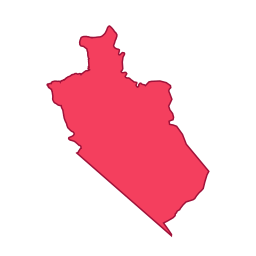 Ibobang, Ngatpang, Palau, rotated 13°
{"feature_id": "81905179B30151450559542", "entity_name": "Ibobang", "entity_type": "district", "adm_level": 2, "iso_a3": "PLW", "parent_name": "Palau", "parent_adm1": "Ngatpang", "projection": "robinson", "projection_center": [134.529, 7.483], "detail": "fine", "context": "isolated", "style": "filled", "palette": "rose", "viewbox_px": 256, "rotation_deg": 13, "n_neighbors": 0, "source": "geoboundaries", "source_scale": "gbopen_adm2", "svg_char_len": 4920}
<svg xmlns="http://www.w3.org/2000/svg" viewBox="0 0 256 256"><g transform="rotate(13 128 128)"><path d="M101.1,53.4L100.5,53.5L99.3,53.4L98.7,53.4L98.3,53.2L97.9,53.1L97.1,52.8L96.6,52.5L96.2,52.1L95.6,51.4L95.4,50.8L95.5,49.9L95.7,48.6L95.8,47.2L95.8,46.3L95.9,45.4L96.1,44.6L96.3,43.8L96.3,42.5L96.5,41.7L96.4,40.8L96.3,40.0L96.2,39.7L96.0,39.3L95.5,38.9L95.1,38.4L94.8,38.1L94.5,37.8L93.6,37.4L92.6,36.6L92.1,36.0L91.3,35.4L90.3,34.6L89.7,34.2L89.2,33.9L88.6,33.5L88.0,33.2L87.5,32.9L86.9,32.8L86.5,33.1L86.1,33.5L85.5,35.0L85.4,35.9L85.3,36.9L85.1,38.0L84.9,38.8L84.7,39.6L84.5,40.4L84.2,41.1L83.8,41.9L83.2,42.7L82.7,43.5L82.3,44.0L81.8,44.5L81.2,45.0L80.6,45.3L80.3,45.5L79.5,45.8L78.4,46.1L77.3,46.5L76.0,47.0L75.0,47.3L74.0,47.6L72.3,47.9L72.4,48.2L71.6,48.2L70.3,48.1L69.8,48.2L69.2,48.0L68.4,48.2L67.7,48.2L67.2,48.1L66.6,48.3L66.0,48.4L65.2,48.6L64.1,48.9L63.4,49.3L62.8,49.7L62.2,50.2L61.9,50.8L61.8,52.1L61.6,53.3L61.6,54.9L61.7,55.8L62.0,56.2L62.1,57.1L63.2,58.4L63.9,58.6L66.3,58.5L67.6,59.1L70.1,60.2L70.9,62.0L71.9,63.5L72.0,64.3L72.6,66.4L73.2,67.7L74.0,69.1L74.4,69.3L74.0,70.0L74.5,71.1L74.7,72.4L75.0,72.9L75.1,73.5L75.4,74.3L75.6,75.0L75.8,75.7L75.9,76.7L75.6,77.0L75.7,77.5L76.2,77.1L76.5,77.9L75.8,78.5L75.7,78.9L76.1,79.2L76.2,79.7L76.7,79.9L77.0,79.7L77.4,79.7L77.5,79.9L77.0,80.3L76.5,80.4L76.5,80.7L76.3,80.7L76.1,81.0L75.8,81.2L75.5,81.4L75.0,81.4L74.7,81.6L74.1,81.8L73.8,82.0L73.5,82.4L73.3,82.7L73.0,83.0L72.7,83.2L72.4,83.7L72.2,84.0L71.6,84.6L71.4,85.0L70.6,85.8L70.3,86.4L70.0,86.0L69.8,86.3L69.6,86.1L69.2,85.8L68.8,85.8L67.7,86.4L66.6,86.9L65.6,86.5L65.1,86.6L64.1,86.9L63.5,87.6L62.8,88.0L61.7,88.5L61.3,89.0L61.0,89.0L60.7,89.6L60.4,89.8L59.7,90.6L59.2,90.9L58.7,91.3L58.2,91.5L57.4,92.4L57.2,92.7L56.8,92.9L56.6,93.4L56.2,93.6L56.0,94.3L55.6,94.6L55.3,95.2L55.1,95.1L54.7,95.7L54.3,95.6L54.0,96.0L53.4,96.5L52.9,97.0L52.6,96.9L52.4,97.3L52.0,97.4L51.8,97.7L51.7,98.3L51.5,98.0L50.4,97.9L49.7,98.1L49.1,98.3L48.4,98.5L48.2,98.5L47.5,98.5L47.1,98.6L46.5,98.7L46.1,98.8L45.4,99.1L45.0,99.4L44.3,99.7L43.9,99.9L43.7,100.1L43.4,100.6L43.2,101.2L43.3,101.7L43.2,102.0L42.6,101.9L42.5,102.1L42.1,102.2L41.9,102.4L41.6,102.4L41.1,102.6L40.8,103.0L40.3,103.1L39.9,103.2L39.5,103.7L39.6,104.3L40.1,104.3L40.5,104.7L40.4,105.0L40.7,105.3L41.0,105.7L41.3,105.7L41.5,106.0L41.6,106.4L42.0,106.3L42.2,106.5L42.6,106.6L43.0,107.0L43.4,107.1L43.9,107.4L44.7,107.5L44.7,107.9L44.9,108.1L45.1,108.3L45.7,109.4L46.0,109.5L46.1,110.1L46.3,110.5L46.4,111.0L46.6,111.3L46.9,111.9L47.0,112.5L47.3,113.1L47.6,113.7L47.7,114.7L47.9,115.2L48.0,116.4L48.2,117.0L48.5,117.6L49.1,118.3L49.6,119.0L50.4,119.7L51.2,120.1L52.2,120.3L53.1,120.6L53.8,121.0L54.7,121.3L55.4,121.4L56.4,121.4L57.5,121.4L57.9,121.2L58.2,121.7L58.3,122.3L58.6,122.9L58.9,123.3L59.3,123.8L59.7,124.2L60.3,124.9L60.8,125.9L61.3,127.2L62.0,128.9L62.3,129.5L62.4,129.9L62.5,130.3L62.8,130.8L63.0,131.2L63.3,132.0L63.7,132.8L64.0,133.4L64.6,134.2L65.0,134.9L65.4,135.4L65.9,136.1L66.6,136.8L67.1,137.6L67.6,138.4L67.9,139.2L68.4,139.9L69.1,141.0L69.9,141.7L70.8,142.2L71.7,142.8L72.4,143.2L73.4,143.7L74.2,144.0L75.5,144.2L75.8,144.5L76.4,145.0L76.8,145.5L76.9,146.4L76.7,146.8L76.4,147.4L76.2,147.8L75.6,148.4L74.9,149.0L74.2,149.5L73.7,149.8L73.2,150.2L72.6,150.6L72.5,151.1L72.5,151.5L72.8,152.0L73.1,152.2L73.4,152.4L74.1,152.7L75.1,152.8L76.0,152.8L76.4,152.8L77.2,152.9L78.0,152.9L79.3,153.3L80.2,153.6L80.9,154.1L81.8,154.5L82.8,155.1L84.4,156.0L85.1,155.8L85.9,156.2L86.2,156.5L86.4,157.0L86.6,157.7L86.9,158.2L86.6,158.4L86.4,158.7L86.1,159.2L85.9,159.5L85.8,159.9L85.7,160.3L85.5,160.8L85.3,161.3L85.1,161.9L85.1,162.3L85.1,162.5L84.9,163.0L84.6,163.1L84.5,163.4L84.2,163.5L83.8,163.8L83.7,163.9L194.5,223.2L194.3,221.9L192.5,220.2L190.7,218.5L184.0,212.6L187.3,209.8L192.1,205.3L193.6,202.9L193.4,200.9L194.3,199.7L194.5,198.2L195.4,197.1L196.7,196.0L197.2,194.3L199.0,190.4L201.2,187.0L207.6,183.2L208.9,181.8L210.0,178.7L211.8,175.1L213.7,172.3L214.9,170.1L215.0,163.2L215.5,155.9L216.5,152.1L188.4,130.7L182.5,122.0L175.0,115.4L171.3,114.9L167.7,115.1L166.5,112.2L168.2,110.9L170.0,109.8L170.0,107.3L168.2,103.9L164.7,100.9L162.7,97.5L163.3,95.0L164.3,90.1L161.3,85.6L159.3,82.7L159.6,80.7L160.6,79.1L159.8,77.1L155.1,75.2L148.6,75.0L140.3,77.3L138.1,78.3L136.6,80.8L135.4,82.8L134.5,82.3L133.9,82.2L133.0,82.3L131.8,82.2L130.9,81.8L130.6,81.5L129.7,81.6L129.1,82.7L128.8,83.2L128.9,85.0L128.3,86.0L127.2,85.7L126.2,84.5L126.3,83.6L126.5,82.4L126.3,81.7L125.4,81.7L124.4,81.7L123.5,81.8L121.7,80.9L120.5,80.5L118.4,79.3L117.3,79.1L116.2,79.4L115.0,79.4L114.2,79.1L113.7,78.5L113.9,77.4L114.2,76.8L114.6,75.4L114.2,75.0L113.5,74.4L112.5,74.4L111.1,75.1L109.7,75.4L109.0,75.1L108.5,74.3L109.3,73.0L109.6,71.5L107.6,65.0L107.2,60.1L108.0,57.1L107.8,56.0L107.2,55.6L105.5,55.8L104.8,56.7L103.9,58.3L103.0,58.8L102.3,58.3L102.1,57.1L102.2,54.8L102.0,53.8L101.1,53.4Z" fill="#f43f5e" stroke="#9f1239" stroke-width="1.5"/></g></svg>